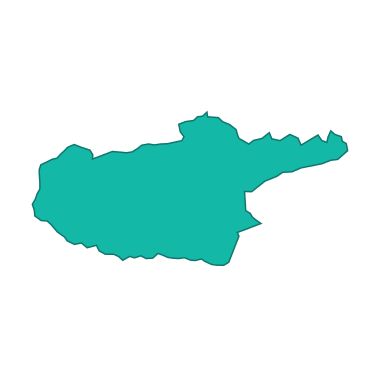 Jaboticaba, Rio Grande do Sul, Brazil, rotated 82°
{"feature_id": "56859067B75615460624400", "entity_name": "Jaboticaba", "entity_type": "district", "adm_level": 2, "iso_a3": "BRA", "parent_name": "Brazil", "parent_adm1": "Rio Grande do Sul", "projection": "natural_earth1", "projection_center": [-53.269, -27.616], "detail": "fine", "context": "isolated", "style": "filled", "palette": "teal", "viewbox_px": 384, "rotation_deg": 82, "n_neighbors": 0, "source": "geoboundaries", "source_scale": "gbopen_adm2", "svg_char_len": 1625}
<svg xmlns="http://www.w3.org/2000/svg" viewBox="0 0 384 384"><g transform="rotate(82 192 192)"><path d="M193.8,351.0L199.3,345.3L200.6,339.4L204.9,335.9L212.8,330.9L218.8,324.5L223.0,322.4L227.5,315.7L227.1,308.6L232.6,303.6L231.5,294.0L237.3,292.2L241.5,286.6L242.8,278.1L245.7,273.6L250.0,270.1L247.1,262.6L249.2,258.1L248.1,251.6L251.5,246.7L252.0,239.9L248.1,234.3L250.6,229.5L253.4,225.1L254.7,220.7L256.0,214.8L256.0,208.7L259.4,202.7L260.3,198.1L259.6,192.1L262.4,189.0L266.5,182.6L267.9,177.5L269.0,170.8L266.7,165.4L242.3,151.7L238.4,152.8L232.8,128.1L229.0,132.2L225.3,135.7L221.3,137.3L217.9,141.4L198.8,139.9L200.0,132.9L194.3,123.2L191.3,118.0L188.3,105.9L185.1,99.4L185.9,90.2L183.3,80.6L182.1,59.3L179.9,50.3L180.0,43.1L172.8,32.2L165.5,32.5L162.7,36.1L158.0,36.4L154.9,42.5L150.8,46.1L156.3,49.5L161.7,51.6L159.1,56.3L153.1,59.3L155.3,64.5L160.8,77.5L153.4,79.6L148.6,87.1L153.4,97.7L150.4,105.6L144.0,107.2L148.7,115.2L149.5,123.9L152.5,129.1L148.2,134.4L145.5,138.1L141.0,139.1L136.5,139.6L130.5,145.3L126.7,151.8L122.0,155.6L119.7,166.1L115.0,166.1L118.4,171.0L118.3,176.1L121.4,180.4L121.4,188.5L123.1,195.7L130.8,195.2L136.1,192.2L139.8,194.9L140.1,200.4L140.8,209.5L140.1,216.6L140.2,222.5L138.4,228.4L138.7,235.3L141.4,239.9L144.0,245.7L144.0,251.6L142.5,257.8L140.8,265.2L145.5,285.9L141.3,285.1L136.4,287.2L132.1,295.9L128.6,302.0L130.3,308.6L133.8,313.2L136.5,317.2L139.7,320.9L140.1,325.8L142.1,331.7L144.0,337.9L148.7,340.2L152.9,340.7L156.9,341.0L161.2,341.3L167.8,342.2L172.3,345.6L177.4,348.2L181.9,351.8L188.2,350.7L193.8,351.0Z" fill="#14b8a6" stroke="#0f766e" stroke-width="1.5"/></g></svg>